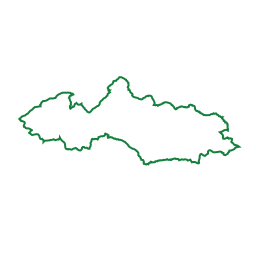 Castilla, Arequipa, Peru, rotated 76°
{"feature_id": "86281439B71643834845538", "entity_name": "Castilla", "entity_type": "district", "adm_level": 2, "iso_a3": "PER", "parent_name": "Peru", "parent_adm1": "Arequipa", "projection": "albers", "projection_center": [-72.31, -15.634], "detail": "fine", "context": "isolated", "style": "outline", "palette": "green", "viewbox_px": 256, "rotation_deg": 76, "n_neighbors": 0, "source": "geoboundaries", "source_scale": "gbopen_adm2", "svg_char_len": 5823}
<svg xmlns="http://www.w3.org/2000/svg" viewBox="0 0 256 256"><g transform="rotate(76 128 128)"><path d="M108.8,225.1L111.6,222.8L111.8,218.4L112.4,216.9L113.9,216.0L116.9,215.9L117.8,215.0L117.8,214.0L118.3,213.9L118.7,213.3L119.4,212.9L121.1,213.4L120.2,212.0L121.0,207.3L120.8,206.5L121.0,206.1L121.1,203.9L120.9,202.9L122.2,201.6L122.1,198.7L122.5,198.2L122.3,197.5L121.6,197.2L121.2,196.5L120.9,196.4L122.8,195.9L124.8,194.8L126.4,193.5L127.4,193.1L128.6,193.1L131.7,193.5L132.7,193.4L133.3,193.1L133.9,192.1L133.9,191.3L134.3,191.1L134.2,190.5L134.5,189.4L135.1,188.7L135.4,187.8L134.8,185.9L134.9,184.3L134.7,183.8L135.1,183.1L135.9,182.5L136.6,182.3L137.2,181.4L137.8,181.0L138.3,179.5L137.4,178.0L136.0,177.3L135.5,176.4L135.8,175.3L136.5,175.1L137.0,174.1L137.1,172.8L138.4,171.8L138.8,170.4L138.0,170.2L136.6,168.8L134.7,168.0L133.8,168.1L133.3,167.8L131.9,166.6L130.4,166.0L130.0,165.5L129.9,165.2L130.7,163.8L130.5,163.1L131.1,160.9L131.8,160.2L130.7,159.2L129.8,158.9L129.5,156.1L129.9,154.8L129.8,154.4L129.9,153.2L129.4,152.1L128.0,151.5L128.0,151.1L128.8,150.6L129.1,149.7L129.8,149.2L130.1,149.2L130.4,148.7L131.3,149.3L131.3,149.7L132.6,149.8L132.7,147.8L132.5,147.4L133.1,146.5L133.1,146.0L134.8,144.2L135.2,143.8L135.1,143.1L136.5,141.6L136.4,140.4L137.4,139.5L137.5,138.6L138.8,136.4L139.8,135.6L140.9,134.1L141.5,134.0L143.9,132.3L144.4,132.3L145.1,131.7L145.8,131.7L146.7,131.2L149.2,128.6L149.8,127.3L151.8,125.5L152.5,125.2L152.9,124.7L154.5,124.0L155.9,124.2L156.7,124.6L157.8,124.2L159.0,123.1L160.6,123.1L161.1,122.8L162.0,122.9L162.9,121.0L164.6,120.8L165.7,121.3L166.6,121.2L166.7,120.4L167.3,119.9L167.8,119.0L167.5,118.1L168.0,117.5L168.2,117.0L167.2,116.4L167.0,115.0L166.4,114.4L167.0,114.0L166.6,113.4L167.3,112.6L167.6,110.7L167.6,110.0L167.0,109.6L167.1,108.3L167.4,107.4L167.0,107.1L167.2,106.2L166.9,105.6L167.3,104.6L167.2,103.8L167.7,102.9L167.5,101.2L167.8,100.6L168.0,98.7L167.7,97.6L168.5,96.9L168.8,96.3L168.8,94.6L169.3,94.5L169.5,93.7L168.8,92.5L169.0,92.2L168.9,90.1L169.0,89.6L169.7,89.0L169.8,87.8L170.3,86.7L171.7,86.2L171.4,83.6L172.2,81.7L172.1,80.6L172.8,78.7L174.1,77.8L173.8,75.2L176.8,74.3L176.7,73.2L177.2,71.2L178.9,69.3L179.4,68.0L179.2,67.6L178.7,67.4L177.7,67.6L174.2,65.6L172.9,65.4L172.0,64.9L171.0,64.0L170.9,63.2L172.9,61.3L173.7,60.1L172.6,57.9L172.2,56.5L170.2,56.1L169.5,55.2L169.3,54.3L169.5,53.6L170.1,52.9L172.0,51.3L172.5,50.2L173.0,46.5L173.0,44.8L173.8,43.0L174.7,42.9L174.9,42.1L175.5,41.4L176.9,41.7L177.9,40.3L177.1,37.4L176.0,36.7L175.7,35.7L174.7,35.4L174.4,35.0L174.8,33.7L174.2,29.9L172.9,28.4L173.1,27.1L172.9,26.5L173.1,24.7L171.6,25.9L171.2,27.0L170.6,27.5L170.1,28.9L168.1,29.8L166.9,31.0L166.5,31.1L164.6,29.9L163.6,29.8L162.7,31.4L162.8,32.7L161.7,33.2L161.3,33.7L161.7,34.1L161.4,34.5L161.9,36.7L161.4,38.2L160.3,38.3L159.4,37.8L158.1,37.7L157.1,38.0L154.3,39.9L154.2,37.5L153.4,35.2L153.5,33.2L154.7,31.7L153.3,31.2L152.1,31.4L149.8,30.7L149.0,30.9L148.4,30.4L146.8,31.0L146.2,31.5L146.3,32.3L144.9,32.5L144.5,33.1L144.1,32.9L143.8,33.4L142.9,33.5L141.9,34.1L140.9,34.2L140.7,34.0L140.7,34.3L140.4,34.3L140.5,34.5L140.2,34.5L139.7,35.4L138.8,35.9L138.6,36.9L137.2,37.4L136.5,38.5L135.4,38.8L135.1,39.2L135.2,40.5L134.4,41.6L134.9,42.3L134.7,44.1L135.2,45.7L134.5,49.2L133.9,50.6L133.8,51.4L133.1,51.7L132.9,52.1L131.4,53.3L131.2,54.2L130.5,54.5L129.9,54.5L129.7,55.2L129.4,55.2L129.4,55.5L128.4,56.3L128.4,56.8L127.4,58.0L126.0,58.3L123.7,58.1L122.9,58.2L122.2,59.0L122.0,60.1L121.2,60.3L120.8,61.4L120.5,61.6L120.8,63.4L122.0,63.7L122.2,64.0L122.0,64.9L122.3,65.6L122.0,66.8L121.7,66.9L121.3,67.8L121.4,68.4L120.2,70.2L119.9,71.4L120.2,72.1L120.0,72.4L120.4,74.0L120.5,75.7L121.2,76.1L121.1,76.7L121.4,76.8L121.4,77.2L120.0,78.2L119.2,78.2L116.6,79.4L116.3,80.1L115.6,80.2L114.5,80.9L113.5,82.3L112.3,84.5L112.0,86.0L112.3,87.1L112.1,87.4L112.6,87.9L112.4,88.6L112.9,89.3L113.1,91.3L113.3,91.6L113.0,92.1L113.6,93.6L112.9,93.9L112.6,94.7L112.6,96.0L112.2,96.3L111.9,97.4L110.6,96.2L109.4,96.1L106.3,96.7L105.8,97.1L103.0,97.5L102.1,98.4L101.7,99.9L101.9,100.6L101.5,100.9L101.7,101.7L101.6,102.7L102.6,104.3L102.6,105.8L103.4,106.9L103.6,107.8L102.5,110.2L101.2,111.3L100.0,113.8L99.1,115.1L98.2,115.8L97.3,116.1L96.6,115.5L95.7,115.6L94.0,117.1L91.7,117.2L91.1,118.4L89.9,117.9L88.4,118.4L87.8,118.0L87.2,117.2L85.0,116.9L84.4,116.6L83.9,117.1L82.5,117.3L81.6,118.2L80.7,118.2L80.4,118.8L79.3,119.6L77.2,122.1L76.6,124.0L78.2,126.1L78.4,127.3L79.3,128.0L79.0,129.9L79.1,130.8L79.4,131.1L80.1,131.2L81.6,132.7L82.0,133.9L82.0,134.6L82.7,135.5L83.2,136.9L84.1,137.9L84.6,138.0L85.7,137.5L86.0,137.9L86.3,137.9L86.5,137.3L86.9,137.4L87.1,136.6L87.8,137.6L89.0,136.9L89.9,139.3L91.7,140.2L91.7,140.7L93.1,142.7L93.5,144.7L94.6,146.0L95.2,147.6L96.5,149.2L97.9,149.7L99.0,150.8L99.3,151.5L99.3,152.5L100.6,155.6L101.0,157.6L102.8,159.9L103.6,161.3L103.4,162.3L102.2,163.7L100.9,164.1L99.1,165.4L98.2,165.4L97.5,166.1L96.4,166.4L94.7,167.4L93.1,167.2L93.7,169.0L93.3,170.6L93.1,170.9L91.3,172.0L91.6,172.3L91.9,173.8L94.0,175.1L94.3,176.2L93.9,176.7L94.7,177.8L95.3,179.2L94.1,179.4L92.7,179.0L91.7,177.7L90.8,177.7L89.4,177.1L87.1,177.6L86.0,177.7L84.3,177.4L84.2,177.8L82.9,176.8L82.8,174.9L82.4,174.3L82.3,173.0L81.3,173.4L80.9,175.1L80.0,175.3L79.0,178.1L78.8,179.8L78.5,180.4L78.0,182.5L78.0,183.7L78.7,187.4L79.7,189.5L81.3,191.1L81.1,192.2L81.3,193.3L80.4,196.7L81.6,200.4L81.6,202.7L81.3,203.8L82.5,206.0L83.6,206.5L84.1,207.5L85.8,207.6L85.5,208.5L85.6,210.0L85.2,213.3L85.8,214.7L86.9,216.4L87.9,219.1L89.7,221.5L90.0,222.9L90.9,224.7L91.1,227.8L93.0,231.3L93.7,231.1L94.3,230.2L95.5,230.0L95.7,228.9L97.2,227.0L98.5,227.0L100.5,228.6L101.8,228.6L102.1,227.8L103.2,227.3L103.7,226.7L104.4,224.4L106.7,221.8L106.9,221.8L107.0,222.5L107.3,223.2L107.9,223.5L108.8,225.1Z" fill="none" stroke="#15803d" stroke-width="2"/></g></svg>